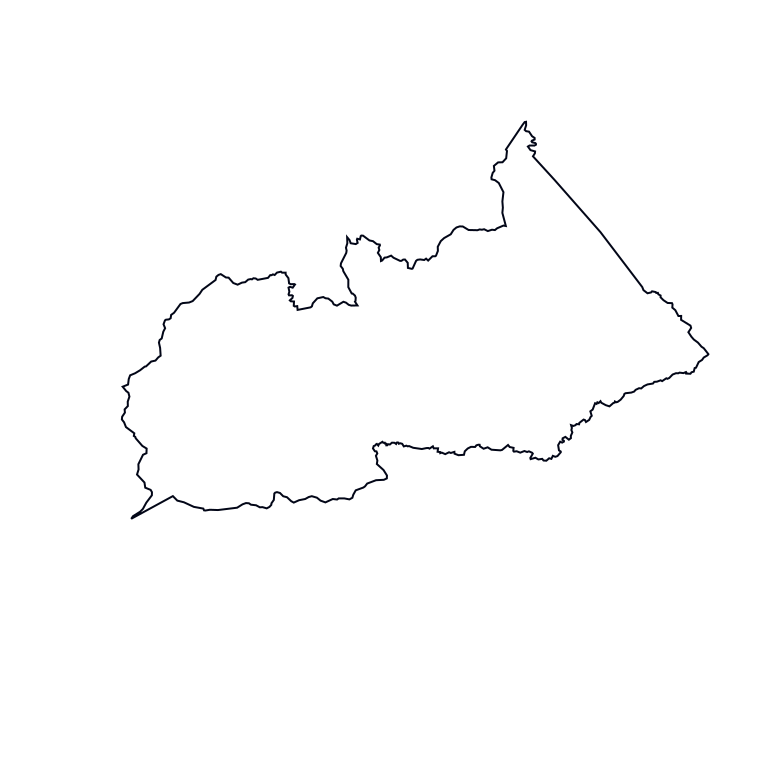 Tiquiso, Bolívar, Colombia, rotated 49°
{"feature_id": "7082276B69446027092984", "entity_name": "Tiquiso", "entity_type": "district", "adm_level": 2, "iso_a3": "COL", "parent_name": "Colombia", "parent_adm1": "Bolívar", "projection": "natural_earth1", "projection_center": [-74.278, 8.471], "detail": "fine", "context": "isolated", "style": "outline", "palette": "ink", "viewbox_px": 768, "rotation_deg": 49, "n_neighbors": 0, "source": "geoboundaries", "source_scale": "gbopen_adm2", "svg_char_len": 6165}
<svg xmlns="http://www.w3.org/2000/svg" viewBox="0 0 768 768"><g transform="rotate(49 384 384)"><path d="M195.0,442.9L193.7,459.3L195.0,464.1L195.9,474.0L194.6,477.7L190.9,482.8L190.1,485.1L192.5,495.7L192.2,499.3L194.4,501.9L194.1,504.0L192.4,506.4L192.3,507.6L194.3,511.2L198.3,512.6L199.7,516.2L203.8,521.9L203.6,524.4L205.1,526.7L209.9,529.3L216.1,534.0L215.8,536.9L216.4,541.1L214.3,545.0L214.6,552.0L213.9,553.2L213.6,559.1L212.6,564.8L210.9,569.9L212.8,573.4L216.5,577.5L214.6,583.0L220.2,583.2L222.9,582.6L226.5,584.4L229.2,589.0L232.6,591.8L233.0,596.4L235.6,598.3L236.9,603.1L238.8,605.1L242.4,605.3L247.2,607.0L257.4,604.8L259.1,606.9L260.7,606.4L262.1,607.0L272.2,607.0L277.0,605.5L280.4,608.7L279.3,612.3L283.4,622.0L287.5,625.3L290.3,629.8L301.2,629.4L305.6,632.2L310.8,629.6L313.4,630.1L315.7,632.2L317.6,641.2L320.1,647.9L320.4,651.8L319.1,660.1L319.9,663.2L330.1,616.9L336.4,616.5L342.0,612.6L352.0,608.1L359.5,602.1L361.3,602.7L362.3,601.8L364.7,597.9L370.2,592.0L381.0,576.0L382.0,569.7L383.3,566.3L385.4,564.2L387.8,563.6L391.6,560.1L395.6,558.6L397.2,556.5L400.9,554.1L401.6,551.1L401.3,548.4L400.2,547.2L399.2,543.2L394.7,538.6L394.6,537.4L395.4,535.7L398.0,534.0L402.6,533.7L405.8,531.5L411.6,530.9L414.3,529.9L416.0,524.3L419.1,518.9L419.9,515.0L421.3,512.1L425.8,509.2L430.4,508.4L434.9,505.9L437.2,498.1L440.4,495.2L440.6,493.3L444.3,489.0L448.4,485.8L449.1,482.5L447.4,479.8L445.7,475.1L448.6,467.5L448.8,465.5L448.1,462.0L451.4,453.1L456.2,447.0L457.1,443.8L455.0,441.8L448.6,440.8L439.7,441.9L437.4,439.2L432.9,437.2L432.0,434.6L429.9,433.9L428.8,435.0L425.4,434.6L424.1,432.5L424.6,431.0L424.3,429.5L424.5,428.7L426.7,428.7L426.0,427.1L426.6,423.1L427.9,423.1L428.9,421.9L429.7,422.3L430.4,421.6L431.8,422.5L432.4,421.7L432.0,420.5L433.5,419.3L433.5,416.5L435.3,414.6L437.2,414.2L436.6,412.8L437.1,412.0L437.7,411.6L438.8,412.0L439.5,410.5L441.1,409.5L444.1,410.0L445.2,407.6L446.6,407.0L447.3,405.8L451.3,403.8L457.9,398.1L460.2,394.0L461.4,392.5L462.6,392.1L463.1,388.0L465.2,388.7L468.0,385.4L470.3,388.0L472.2,386.3L473.1,386.9L473.7,385.4L477.1,383.8L478.2,379.7L479.9,378.8L481.4,375.4L482.9,376.5L486.6,374.5L489.9,370.1L487.8,367.2L487.6,363.1L488.5,359.6L491.3,356.5L490.9,354.5L491.7,352.7L492.6,351.7L493.9,352.5L498.2,351.3L499.8,347.3L504.1,346.0L510.4,339.7L511.2,338.2L511.4,330.4L514.0,330.5L517.2,328.1L519.3,330.3L520.3,330.3L521.8,328.0L525.2,326.2L526.7,322.0L529.2,320.6L529.9,318.8L533.1,317.3L534.2,317.4L535.8,322.1L536.9,322.6L539.0,318.1L542.2,317.0L544.3,313.7L546.4,313.8L548.4,311.8L548.4,308.1L550.3,306.8L549.0,303.7L551.3,302.5L552.2,300.4L551.5,295.4L550.9,294.9L548.9,295.5L544.4,292.7L543.1,288.9L545.1,288.0L545.5,286.0L544.9,285.5L543.2,286.0L542.2,284.8L542.9,281.8L547.3,281.0L547.5,278.5L545.7,277.0L544.1,273.6L541.7,272.8L540.4,271.0L537.8,269.8L539.9,268.6L540.7,266.5L540.5,265.0L542.4,263.2L541.5,262.1L541.8,256.7L543.0,256.0L545.2,256.5L545.7,252.7L544.4,249.7L544.3,248.1L540.0,246.2L540.2,243.3L537.0,237.3L538.5,236.6L537.8,235.0L539.2,234.5L539.0,231.9L540.7,232.3L545.5,230.5L548.8,228.5L548.8,223.4L549.4,222.1L548.7,221.2L550.2,220.6L550.8,219.4L551.1,215.7L550.3,210.9L549.2,209.1L549.4,207.8L552.7,203.0L553.8,200.2L553.5,197.9L554.5,194.3L556.1,192.8L556.1,189.2L557.2,185.4L560.1,180.7L559.7,178.6L561.3,176.5L562.7,172.8L564.3,172.2L564.9,167.2L566.0,166.7L566.6,164.8L566.2,160.0L567.4,156.6L569.0,154.8L569.3,153.5L572.2,150.9L573.1,148.2L573.9,148.3L573.7,149.2L574.2,149.3L577.3,146.0L576.9,144.2L577.9,142.1L575.8,139.1L576.4,137.8L573.9,132.1L574.5,128.2L573.8,125.3L574.6,120.9L574.3,119.6L566.7,119.2L564.2,119.9L558.7,119.9L553.7,121.0L550.0,121.0L544.6,120.3L543.2,115.4L541.0,114.4L530.5,117.7L527.6,115.1L525.8,117.2L519.4,115.7L515.5,116.3L513.2,114.0L511.9,113.6L508.9,116.8L504.1,118.1L500.0,118.4L498.7,117.2L496.3,118.1L494.9,117.5L493.9,118.8L492.9,118.6L489.9,120.9L490.1,122.4L488.4,125.6L483.4,126.6L480.3,125.5L411.4,121.0L341.9,121.4L309.9,122.2L308.9,118.8L307.6,117.4L303.6,120.0L299.2,119.6L299.5,117.7L302.7,114.1L303.1,112.4L302.6,111.8L301.5,111.7L298.8,113.6L297.7,113.5L297.4,112.8L298.3,109.9L297.1,108.9L294.1,109.7L288.7,109.0L286.4,110.9L284.5,111.1L282.0,107.0L279.3,104.8L278.6,106.0L279.3,109.3L287.0,138.1L288.8,138.3L293.8,143.7L294.4,149.1L291.6,152.5L291.5,158.0L295.5,160.7L296.0,163.5L298.6,167.5L300.1,168.5L303.0,166.5L307.6,165.5L317.6,168.0L323.9,174.9L328.9,178.6L332.5,182.4L344.7,188.4L342.8,189.9L340.7,196.4L340.6,199.3L338.4,201.3L336.7,205.3L332.9,206.9L331.8,208.9L330.1,210.4L329.3,212.5L323.3,219.1L316.8,221.2L314.7,223.5L313.4,226.6L313.3,230.4L314.8,235.4L313.3,242.9L313.4,247.4L315.7,253.4L318.9,256.0L321.3,260.6L321.2,261.5L319.4,263.6L319.8,269.7L317.0,270.0L316.8,272.3L313.7,275.0L312.2,277.3L312.1,279.0L315.6,286.6L315.4,287.4L312.1,289.8L308.1,286.6L303.8,286.5L302.7,287.9L302.5,290.0L301.6,291.1L294.9,294.0L291.8,294.4L290.3,298.8L289.0,300.7L289.6,304.4L289.2,305.6L286.2,303.2L281.0,302.6L279.8,299.6L277.6,298.6L276.7,296.1L276.0,295.7L273.7,297.7L269.0,298.6L266.1,300.8L258.3,302.5L257.1,303.7L257.1,304.5L259.1,307.3L256.8,308.9L257.3,309.8L260.2,311.3L259.9,313.5L255.9,316.8L252.8,315.6L249.0,315.5L253.7,319.3L256.2,323.3L258.8,324.7L260.3,326.5L264.7,337.3L266.5,339.3L270.0,339.5L272.2,340.7L281.9,342.5L287.5,347.4L294.5,349.0L295.2,348.3L298.2,347.9L300.3,348.7L302.6,351.0L302.8,351.9L307.3,352.5L303.3,357.3L301.1,358.7L297.7,359.3L295.3,360.7L294.0,368.1L290.9,369.7L287.9,369.0L283.0,370.0L280.9,371.9L278.5,372.8L275.6,378.1L276.4,384.8L278.1,387.5L278.0,389.1L271.4,400.6L268.3,398.4L266.9,400.5L265.8,400.8L262.7,397.8L260.4,400.1L259.1,400.2L259.0,396.7L257.8,395.0L256.7,395.2L254.8,397.5L253.7,397.2L252.3,394.9L248.6,392.8L249.0,391.2L251.4,389.7L250.5,385.9L249.7,386.2L247.5,388.9L245.8,389.6L241.4,386.7L236.9,386.4L235.4,385.2L233.1,387.9L231.6,388.1L229.7,391.7L230.0,395.0L228.4,395.9L228.1,397.5L227.2,398.4L227.8,401.9L222.5,411.0L220.2,411.6L218.5,413.2L218.4,415.0L217.4,415.7L216.1,418.0L216.1,421.9L214.3,424.7L213.0,429.3L208.9,431.5L201.8,431.5L199.9,433.4L194.0,435.1L193.1,437.3L193.0,440.1L195.0,442.9Z" fill="none" stroke="#020617" stroke-width="2"/></g></svg>